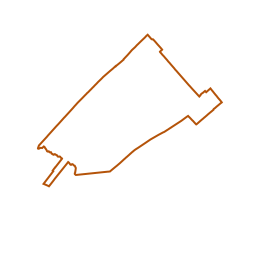 outline of Rusetu, Buzau, Romania, rotated 210°
{"feature_id": "2599482B81543600541276", "entity_name": "Rusetu", "entity_type": "district", "adm_level": 2, "iso_a3": "ROU", "parent_name": "Romania", "parent_adm1": "Buzau", "projection": "albers", "projection_center": [27.21, 44.945], "detail": "fine", "context": "isolated", "style": "outline", "palette": "amber", "viewbox_px": 256, "rotation_deg": 210, "n_neighbors": 0, "source": "geoboundaries", "source_scale": "gbopen_adm2", "svg_char_len": 4527}
<svg xmlns="http://www.w3.org/2000/svg" viewBox="0 0 256 256"><g transform="rotate(210 128 128)"><path d="M158.0,217.4L158.1,217.2L158.2,216.7L158.3,216.4L158.5,215.3L159.0,213.5L159.2,212.9L160.7,207.7L161.0,206.6L161.3,205.5L161.6,204.6L161.7,204.2L162.3,201.5L163.6,197.4L164.2,194.1L164.9,190.7L165.7,187.4L165.9,186.5L166.2,185.3L166.0,185.0L167.6,180.4L169.2,176.2L169.3,175.7L169.4,175.3L169.7,175.4L170.1,174.1L170.7,172.1L172.1,168.3L173.6,163.9L174.2,162.2L174.8,160.4L175.0,159.9L175.4,158.2L175.8,156.7L176.9,152.9L177.4,150.7L177.7,149.6L177.9,148.9L178.3,147.3L178.4,146.7L178.8,145.4L179.3,143.3L179.8,141.5L180.4,139.0L180.5,138.8L180.9,137.7L181.0,137.0L181.6,134.8L182.5,131.2L184.2,124.8L184.5,123.4L184.8,121.9L185.2,120.2L185.7,117.5L186.8,112.4L187.9,107.4L188.3,105.6L188.4,105.4L189.3,101.1L190.3,96.4L190.7,94.8L191.2,92.6L192.3,87.4L193.6,81.3L193.8,80.0L195.7,71.5L196.4,68.3L196.3,67.9L195.9,65.6L195.8,65.3L195.7,65.2L195.3,65.3L194.9,65.4L194.7,65.8L193.8,67.1L192.3,67.8L191.7,69.9L191.3,69.9L190.9,69.9L190.4,69.6L189.8,69.2L189.3,69.1L188.9,68.9L188.7,68.7L188.3,68.6L187.7,68.3L186.6,67.5L186.3,67.4L186.1,67.4L185.9,67.4L185.7,67.5L185.4,67.9L185.0,68.2L184.8,68.2L184.3,67.9L184.1,67.8L183.6,67.8L183.4,68.0L183.2,68.1L182.7,68.5L182.4,68.3L182.0,68.1L181.8,67.9L181.5,67.7L181.3,67.6L181.1,67.6L180.9,67.6L180.5,67.8L180.2,67.8L179.8,67.6L179.3,67.5L178.8,67.9L178.5,68.5L178.3,68.8L178.1,68.8L177.7,68.8L177.4,68.7L177.1,68.8L176.6,68.8L176.1,68.9L175.7,68.8L175.1,68.4L174.8,68.2L174.6,68.2L174.2,68.2L173.9,68.4L173.2,69.0L172.8,69.2L172.6,69.2L172.3,69.2L171.4,68.7L171.0,68.7L170.6,68.7L170.3,68.7L170.0,68.6L169.8,68.5L169.8,68.2L171.3,57.6L171.4,57.0L171.5,57.0L171.5,56.9L171.7,55.4L171.9,53.4L171.1,53.2L172.4,43.4L173.2,37.4L169.9,37.8L168.0,38.0L167.8,38.0L167.3,38.0L167.1,39.2L166.3,44.8L166.0,47.5L164.6,56.7L163.7,62.6L163.4,64.5L163.1,66.5L162.8,68.6L162.0,68.5L161.4,68.3L160.5,67.9L159.9,67.6L159.6,67.5L159.2,67.5L158.8,67.7L158.5,68.5L158.4,68.7L158.3,68.8L157.8,68.9L157.3,68.9L157.1,68.8L156.5,68.6L156.3,68.5L155.8,68.6L155.3,68.7L155.0,68.5L154.4,68.0L153.7,67.7L153.4,67.4L153.2,67.2L152.9,66.6L152.8,66.3L152.4,65.4L152.2,64.8L152.0,64.5L152.0,64.3L151.9,63.9L151.7,63.5L151.6,63.4L151.5,63.0L151.5,62.7L151.5,62.4L151.4,62.2L151.3,61.9L151.1,61.6L150.7,61.4L149.8,61.4L149.6,61.3L123.9,79.9L123.3,80.3L123.0,80.5L122.1,81.2L121.9,81.3L121.2,83.3L119.3,88.4L119.2,88.7L119.0,89.1L117.8,92.5L117.5,93.3L116.4,96.8L115.6,99.4L115.3,100.1L115.0,101.3L114.7,102.0L114.6,102.3L114.4,102.9L114.1,103.8L113.9,104.4L113.7,105.0L113.6,105.3L113.5,105.7L113.4,105.9L113.2,106.5L113.2,106.8L113.0,107.1L112.9,107.5L112.8,107.8L112.7,108.0L112.6,108.3L112.6,108.5L112.5,108.8L112.3,109.3L112.1,109.7L112.0,110.0L111.9,110.3L111.9,110.5L111.7,110.9L111.5,111.4L111.4,111.8L110.8,113.1L110.2,114.3L109.6,115.4L105.7,123.3L104.3,126.2L102.8,129.3L98.1,137.4L95.3,141.9L95.1,142.1L94.6,142.8L94.2,143.6L85.4,160.9L82.7,167.1L82.0,168.5L80.8,168.1L80.5,168.1L78.1,167.4L75.8,166.7L75.4,166.7L74.0,166.2L72.1,165.6L70.8,165.2L70.7,165.2L70.6,165.3L70.0,167.0L68.4,171.7L67.6,173.8L67.1,175.4L67.0,175.5L66.7,176.4L66.1,178.1L65.8,179.0L65.6,179.7L65.0,181.3L64.9,181.7L64.8,181.9L64.7,182.2L64.5,182.6L64.2,183.6L64.0,183.9L63.9,184.3L63.6,185.1L63.4,185.7L63.3,185.9L63.2,186.3L63.1,186.5L63.3,186.9L63.1,187.8L62.8,188.3L62.3,189.7L62.2,190.1L61.9,191.0L61.7,191.5L61.4,192.3L61.3,192.6L61.1,193.1L61.0,193.3L60.9,193.7L60.8,194.0L60.5,194.7L60.4,195.1L60.2,195.6L60.1,195.8L60.0,196.1L59.9,196.4L59.7,196.7L59.6,197.1L60.4,197.4L61.6,197.9L62.4,198.2L63.6,198.6L64.8,199.0L66.3,199.6L66.5,199.7L67.5,200.1L68.1,200.3L68.3,200.4L68.5,200.4L68.7,200.5L69.0,200.6L69.7,200.9L70.3,201.1L71.3,201.5L71.8,201.7L72.8,202.1L73.3,202.3L73.7,202.4L76.4,203.5L78.2,198.1L79.8,198.6L80.9,195.5L81.3,194.9L81.5,194.4L81.7,193.5L81.8,192.9L81.6,192.5L81.9,191.4L82.0,190.9L92.2,194.1L95.8,195.3L96.3,195.4L103.9,198.0L113.3,201.2L114.1,201.5L116.4,202.2L117.8,202.8L121.9,204.2L123.6,204.8L124.9,205.3L125.0,205.3L125.8,205.5L126.0,205.6L127.4,206.1L127.8,206.3L128.7,206.6L129.9,207.0L131.1,207.4L131.9,207.7L132.4,207.9L134.1,208.4L134.5,208.5L136.4,209.2L137.9,209.7L138.4,209.9L138.5,210.0L138.4,210.4L138.2,211.1L138.0,211.6L137.6,212.9L138.5,213.3L140.0,213.8L140.9,214.1L141.5,214.3L144.3,215.2L147.4,216.3L150.2,217.2L150.7,217.3L151.0,217.2L151.2,216.9L152.0,216.7L153.3,217.1L154.1,217.4L157.6,218.6L157.9,217.7L158.0,217.4Z" fill="none" stroke="#b45309" stroke-width="2"/></g></svg>